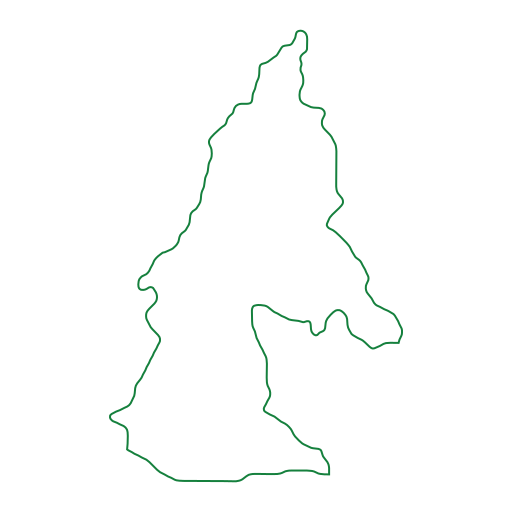 Los Llanos, San Pedro de Macorís, Dominican Republic
{"feature_id": "3306468B56210487942158", "entity_name": "Los Llanos", "entity_type": "district", "adm_level": 2, "iso_a3": "DOM", "parent_name": "Dominican Republic", "parent_adm1": "San Pedro de Macorís", "projection": "albers", "projection_center": [-69.487, 18.651], "detail": "fine", "context": "isolated", "style": "outline", "palette": "green", "viewbox_px": 512, "rotation_deg": 0, "n_neighbors": 0, "source": "geoboundaries", "source_scale": "gbopen_adm2", "svg_char_len": 6057}
<svg xmlns="http://www.w3.org/2000/svg" viewBox="0 0 512 512"><path d="M307.0,49.2L307.2,39.4L307.0,36.6L306.4,34.8L306.1,34.1L305.1,32.7L303.8,31.7L303.1,31.3L302.3,31.0L300.7,30.7L299.1,30.9L298.3,31.1L297.0,31.9L296.5,32.6L296.0,34.0L295.4,37.0L294.9,38.5L292.3,43.1L291.3,44.2L289.8,45.0L284.8,45.7L283.2,46.2L282.5,46.6L281.5,47.7L277.2,54.7L276.2,55.8L273.6,57.5L267.9,61.8L265.6,62.9L262.0,63.9L260.7,64.8L260.2,65.4L259.9,66.2L259.5,67.8L259.2,74.2L258.8,77.0L258.3,78.6L257.0,81.5L256.4,83.0L255.0,88.9L253.1,93.2L252.7,95.0L252.2,99.5L251.8,101.2L251.5,101.9L250.9,102.6L250.3,103.1L248.7,103.6L247.0,103.8L241.6,103.8L239.7,104.0L238.0,104.6L236.0,105.9L234.6,107.8L234.0,109.3L233.2,112.2L232.5,113.5L229.3,116.3L227.9,118.1L227.2,119.5L226.1,123.2L225.3,124.5L224.3,125.5L222.3,126.8L220.2,128.5L214.4,133.8L211.1,137.3L209.5,139.6L209.0,141.2L209.0,142.9L209.4,144.4L211.0,147.9L211.5,149.7L211.8,153.5L211.6,156.4L211.2,158.2L209.5,161.8L208.9,163.4L208.5,165.3L207.8,171.0L207.4,172.8L205.8,176.4L205.2,178.1L204.0,186.5L203.4,188.2L202.1,191.1L201.6,192.7L201.2,194.6L200.8,199.4L200.2,202.1L199.1,204.3L196.7,208.1L195.7,209.2L192.7,211.3L191.2,213.1L190.5,214.7L190.3,215.6L189.6,222.2L188.8,224.8L185.7,230.1L184.7,231.1L181.8,233.3L180.3,235.1L179.4,237.3L178.7,240.6L178.2,242.2L176.8,244.5L175.6,245.9L172.9,248.4L171.4,249.3L164.9,252.2L162.6,252.7L158.2,256.1L156.4,257.8L154.8,259.7L154.0,261.0L152.7,264.1L150.4,268.3L149.4,270.6L148.0,272.6L146.3,274.2L142.0,276.3L140.8,277.4L139.3,279.3L138.7,281.0L138.3,284.4L138.5,286.8L139.1,288.3L139.7,289.0L141.1,289.8L143.5,289.9L145.0,289.6L146.5,289.0L148.9,287.5L150.3,287.1L151.8,287.3L153.1,288.0L153.9,289.2L155.9,292.4L156.5,293.9L156.9,295.6L157.0,297.3L156.8,299.1L156.3,300.8L155.4,302.3L154.3,303.7L149.3,308.7L147.6,310.7L146.7,312.3L146.4,313.1L146.1,314.8L146.1,316.6L146.3,318.3L146.9,319.9L150.7,327.2L152.4,329.2L158.0,335.0L159.5,337.1L160.0,338.8L160.0,340.5L159.9,341.3L159.3,342.7L157.8,345.4L156.4,348.5L154.0,352.6L152.7,355.7L150.3,359.9L149.0,363.0L146.6,367.2L145.3,370.4L143.0,374.5L141.6,377.6L140.2,379.6L137.3,383.2L135.9,385.6L135.2,388.1L134.7,393.3L134.2,395.9L130.7,403.2L129.2,405.1L127.3,406.5L124.3,407.9L120.0,410.1L116.1,411.6L111.6,414.0L110.5,415.0L110.1,415.7L110.0,417.3L110.4,418.7L111.9,420.4L113.2,421.3L117.0,422.8L119.8,424.3L123.6,426.0L125.5,427.5L126.9,429.5L127.2,430.4L127.6,432.2L127.8,435.9L127.6,443.7L127.1,449.4L128.3,450.3L131.8,452.1L134.5,453.8L138.3,455.5L141.8,457.5L146.4,459.7L149.4,462.1L157.1,469.8L160.1,472.2L164.6,474.5L168.1,476.5L171.2,477.8L174.7,479.7L176.4,480.3L179.3,480.7L183.2,480.9L224.1,481.1L235.9,481.3L239.1,480.7L240.7,480.2L242.4,479.3L246.3,476.3L247.9,475.3L248.8,474.8L250.7,474.3L252.7,474.0L255.7,473.9L271.1,474.1L277.2,474.0L280.2,473.5L282.0,472.9L285.4,471.3L287.3,470.9L289.2,470.6L293.2,470.5L306.3,470.5L310.3,470.8L312.2,471.0L314.1,471.5L318.4,473.5L320.2,473.9L324.1,474.3L329.1,474.4L329.1,468.0L328.9,466.3L328.5,464.5L327.4,462.1L324.1,457.8L323.1,456.4L322.5,454.8L321.4,451.2L320.6,449.9L319.9,449.5L318.5,448.9L312.8,448.2L311.1,447.8L303.7,444.3L302.2,443.4L298.8,440.4L295.1,436.5L293.6,434.3L291.7,430.5L290.8,429.0L289.0,426.9L287.0,425.0L284.8,423.5L281.0,421.6L274.5,416.6L269.9,414.5L265.4,411.9L264.3,410.9L264.0,410.2L263.8,408.7L264.2,407.3L266.0,404.1L267.4,401.1L269.4,397.6L270.0,396.0L270.2,394.3L270.2,392.6L269.9,390.9L269.4,389.3L267.7,385.8L267.2,384.1L266.9,382.3L266.7,377.6L266.9,363.7L266.6,359.8L266.3,358.0L265.7,356.3L263.9,352.8L262.5,349.7L260.1,345.5L258.8,342.3L256.6,338.0L254.9,331.4L253.2,327.8L252.6,326.1L252.3,324.3L252.1,321.3L251.9,310.6L252.1,308.8L252.7,307.2L253.2,306.5L253.9,305.9L254.7,305.6L256.4,305.2L258.1,305.0L260.9,305.1L264.7,305.6L266.5,306.2L268.0,307.1L273.0,311.1L274.4,312.1L277.5,313.5L281.7,316.0L284.8,317.3L289.1,319.5L291.9,320.1L298.5,320.9L302.8,322.1L304.0,322.1L306.9,321.2L308.3,321.2L309.0,321.4L309.6,321.8L310.1,322.5L310.4,323.2L310.7,324.8L311.0,329.2L311.4,331.0L311.7,331.8L312.7,333.3L313.9,334.5L315.3,335.2L316.1,335.3L317.4,334.9L319.4,332.8L319.9,332.5L322.9,331.2L324.1,330.3L324.5,329.7L325.1,328.1L325.7,322.7L326.2,320.9L327.5,318.4L330.6,314.8L333.3,312.2L335.6,310.6L337.3,310.1L339.0,310.1L339.9,310.3L341.5,311.1L343.6,312.8L345.3,314.8L346.3,316.4L346.6,317.2L347.1,319.1L347.5,324.8L348.1,327.6L349.1,329.8L351.4,333.8L351.9,334.3L353.2,335.3L357.8,338.0L361.6,339.8L363.0,340.7L365.0,342.4L369.5,346.7L370.8,347.7L372.2,348.4L373.0,348.5L374.4,348.3L380.0,345.9L383.5,343.9L385.9,343.1L390.3,342.8L398.6,342.9L399.5,339.6L401.2,336.1L401.8,334.5L402.0,332.8L402.0,330.2L401.6,328.5L399.4,324.2L398.1,321.1L394.9,315.7L393.9,314.5L393.4,314.0L388.7,311.2L387.3,310.5L384.2,309.2L380.0,306.9L376.9,305.5L375.6,304.6L374.0,302.8L371.6,298.4L367.7,293.5L366.7,292.0L366.1,290.3L365.8,288.6L365.9,286.0L366.4,284.4L368.3,280.2L368.5,278.6L368.4,277.0L367.8,275.5L366.4,272.7L365.1,269.6L362.7,265.4L361.2,262.4L360.3,261.1L359.2,260.0L356.2,257.8L355.2,256.8L352.0,251.5L349.8,246.9L348.2,244.8L346.4,242.7L339.9,236.1L335.8,232.3L333.0,230.2L330.1,228.8L328.7,228.0L327.7,227.0L327.0,225.8L326.8,225.1L327.0,223.7L329.1,218.9L329.9,217.4L332.3,214.6L339.1,208.1L341.5,205.5L342.5,204.0L342.8,203.2L343.0,202.3L342.9,200.6L342.7,199.8L342.0,198.3L338.6,194.2L337.6,192.8L336.9,191.1L336.5,189.3L336.2,186.6L336.2,183.7L336.4,151.3L336.2,148.5L335.8,145.8L335.3,144.2L331.5,136.8L329.9,134.7L325.5,130.2L323.7,128.2L322.8,126.7L322.1,125.1L321.9,123.4L322.0,120.8L322.5,119.2L324.5,115.2L324.8,113.6L324.5,111.9L324.2,111.2L323.2,109.9L322.0,108.9L321.3,108.5L318.8,107.9L313.6,107.6L311.0,107.1L303.6,103.7L302.3,102.7L301.2,101.5L300.3,100.1L299.8,98.5L299.6,96.7L299.5,94.9L299.9,91.4L300.4,89.8L302.2,86.2L302.8,84.7L303.2,83.0L303.3,80.3L303.1,77.6L302.8,75.9L302.3,74.4L300.9,71.6L300.5,70.1L300.6,67.7L301.4,65.1L301.5,63.8L301.3,62.5L300.4,59.9L300.3,58.4L300.4,57.6L300.6,56.8L301.4,55.4L302.9,53.8L305.7,51.7L306.5,50.5L307.0,49.2Z" fill="none" stroke="#15803d" stroke-width="2"/></svg>